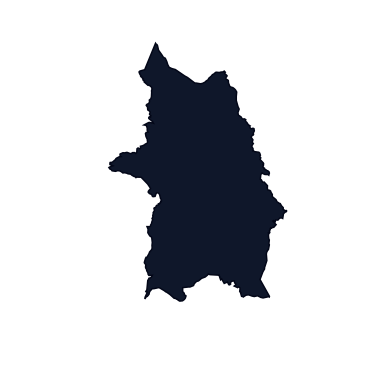 the district of Chiquilistlán, Jalisco, Mexico, rotated 133°
{"feature_id": "50627088B99358381769751", "entity_name": "Chiquilistlán", "entity_type": "district", "adm_level": 2, "iso_a3": "MEX", "parent_name": "Mexico", "parent_adm1": "Jalisco", "projection": "robinson", "projection_center": [-103.888, 20.08], "detail": "fine", "context": "isolated", "style": "filled", "palette": "ink", "viewbox_px": 384, "rotation_deg": 133, "n_neighbors": 0, "source": "geoboundaries", "source_scale": "gbopen_adm2", "svg_char_len": 6097}
<svg xmlns="http://www.w3.org/2000/svg" viewBox="0 0 384 384"><g transform="rotate(133 192 192)"><path d="M216.1,63.9L215.5,64.2L209.6,82.6L202.1,85.7L198.7,86.5L198.2,87.2L191.1,90.5L186.6,95.4L185.1,96.3L183.4,96.8L181.9,96.9L177.9,99.4L177.2,100.7L174.4,102.7L173.7,104.2L171.6,106.5L170.4,107.3L169.8,108.2L169.2,107.4L168.6,107.8L168.3,107.7L167.9,108.6L167.5,109.0L166.7,109.2L166.3,109.0L165.8,109.7L164.4,110.1L164.2,109.9L164.4,109.3L164.3,109.1L163.1,109.0L162.1,108.1L158.5,108.2L158.3,113.1L157.3,113.0L156.9,112.6L157.0,110.9L155.2,111.7L154.4,110.5L153.8,110.0L151.5,110.1L150.0,109.1L149.5,107.6L145.5,110.3L143.1,110.1L142.0,109.6L141.3,109.9L141.2,110.3L142.3,111.4L142.3,112.5L142.7,113.5L142.5,113.8L141.7,114.1L141.2,114.7L141.1,116.9L140.3,119.6L140.9,120.7L140.8,121.2L141.2,123.1L140.3,125.4L140.6,130.2L139.0,131.6L138.4,133.9L137.7,135.2L137.8,136.4L138.4,137.1L138.7,138.1L137.7,139.8L137.6,139.7L135.9,141.1L135.5,146.0L136.7,147.0L135.8,149.6L136.1,150.7L132.3,153.6L130.2,153.7L130.1,152.5L129.5,150.7L127.3,148.1L127.3,147.3L125.4,148.3L124.7,149.5L124.8,151.1L125.3,152.0L125.3,153.1L125.8,154.0L126.0,155.0L125.2,155.1L125.4,156.8L125.2,157.5L124.3,157.6L123.7,158.0L123.5,158.8L122.6,158.7L122.1,159.7L121.8,164.4L120.1,165.0L119.9,166.2L119.2,167.0L118.5,167.0L117.4,168.9L117.3,170.2L119.7,173.6L120.0,174.9L119.7,175.7L120.1,175.8L118.8,176.7L117.7,179.7L114.7,180.2L114.6,181.9L112.3,183.0L111.6,186.2L108.9,186.6L108.7,186.1L108.0,186.2L107.1,187.4L104.8,188.1L103.4,189.9L103.8,190.9L105.6,192.0L105.5,193.2L104.6,194.3L104.5,195.2L104.1,195.0L104.4,196.8L103.7,199.4L103.8,200.2L103.5,201.2L103.0,201.9L102.4,202.1L102.8,203.6L104.0,204.6L104.2,205.1L103.6,207.5L104.1,210.1L103.9,210.8L102.7,212.5L99.2,214.1L98.2,216.6L94.9,222.0L91.9,224.8L88.4,227.5L87.7,229.8L87.6,231.4L87.8,233.3L88.8,235.3L89.0,236.3L87.4,239.6L85.7,241.5L85.7,242.3L86.2,243.8L85.7,244.9L85.2,245.2L83.2,245.5L83.0,245.8L83.0,248.9L82.6,249.3L81.7,249.3L81.6,250.9L83.5,251.3L83.7,252.0L84.3,252.1L85.0,253.0L85.7,253.0L85.9,253.6L86.7,254.4L87.5,255.6L88.4,256.3L91.2,256.6L92.2,257.1L93.9,256.9L97.4,257.3L98.9,256.8L101.4,257.4L102.7,257.4L105.2,258.3L107.0,259.5L109.4,263.1L110.4,264.3L111.3,273.3L112.1,276.4L113.8,287.7L115.5,291.0L116.4,293.7L115.4,296.6L113.8,299.4L112.4,302.8L112.8,303.8L112.9,305.8L112.5,306.5L111.1,313.2L108.5,317.0L108.1,318.1L108.3,319.4L108.1,320.1L134.8,310.0L139.1,312.6L140.0,312.7L140.3,312.1L140.7,312.0L140.5,311.6L141.3,310.8L141.7,309.2L142.2,308.7L142.0,308.3L142.4,308.1L142.5,307.5L142.2,307.1L142.7,305.4L142.4,305.0L142.5,304.6L143.1,304.7L143.4,304.3L143.6,303.6L143.4,303.2L143.5,302.4L143.9,302.0L143.9,301.4L144.1,301.5L144.0,297.1L143.5,296.8L143.3,295.8L142.8,294.9L143.0,294.3L142.9,293.1L143.9,291.5L145.8,290.5L146.0,290.0L149.9,286.7L151.8,285.7L153.9,285.9L155.0,284.6L155.8,284.2L157.3,284.2L158.4,284.7L159.6,284.7L159.9,284.5L160.2,282.5L162.1,280.4L162.1,279.6L161.8,278.8L162.0,277.5L162.7,276.7L163.9,276.3L164.2,275.9L164.3,274.1L164.7,274.1L165.5,273.4L165.8,274.3L166.6,274.5L167.2,274.3L167.7,273.7L167.4,268.8L168.0,267.0L169.8,270.2L170.8,271.1L175.7,272.8L174.5,271.0L175.4,269.0L176.1,268.0L177.4,266.9L178.0,264.9L179.7,266.1L181.0,265.9L182.8,263.5L184.1,260.4L185.1,259.5L185.6,258.5L187.1,258.1L188.9,258.9L190.1,258.8L190.5,259.2L191.9,259.7L193.7,260.9L194.8,259.6L195.9,259.5L196.6,261.5L197.9,261.7L200.7,259.4L202.2,259.3L202.2,260.7L203.7,262.3L205.5,262.8L206.1,263.6L207.2,266.3L207.7,266.9L209.4,268.0L210.4,269.3L213.2,270.5L214.1,269.9L214.5,268.8L214.5,268.1L215.8,269.2L218.5,270.2L219.4,270.4L220.5,270.1L224.7,270.6L226.2,272.0L226.5,271.9L226.6,271.2L227.2,271.4L227.9,270.7L226.8,267.7L230.2,269.4L230.9,269.4L230.9,268.4L231.2,267.7L230.7,266.4L231.0,264.9L229.0,262.0L227.2,261.0L226.0,259.5L225.4,257.7L225.2,255.5L224.0,254.6L222.8,252.7L222.3,251.1L220.8,249.1L220.7,247.2L220.1,244.8L219.6,244.2L219.7,242.8L218.9,242.7L215.9,239.3L216.4,229.9L217.6,224.8L219.2,224.4L219.6,224.6L221.3,224.4L222.0,223.9L222.2,222.1L221.5,220.3L221.5,219.3L222.1,218.2L222.0,217.3L220.4,216.0L217.9,217.1L216.6,217.3L215.9,216.2L215.6,215.3L216.2,213.6L218.2,210.6L218.6,209.1L219.5,208.2L220.1,208.6L220.9,207.8L221.3,208.0L222.0,207.7L222.3,208.0L223.1,207.7L223.3,208.4L223.7,208.5L223.9,208.1L224.6,207.9L225.6,208.6L226.4,208.7L228.0,208.1L229.3,208.8L230.0,208.6L230.8,207.3L231.5,206.7L233.5,206.4L234.1,205.7L236.2,204.5L236.6,203.7L238.7,203.1L239.0,201.9L241.7,200.8L242.3,200.2L244.5,199.7L245.3,199.1L246.0,199.2L248.0,201.3L249.2,198.7L251.9,196.5L252.8,193.3L252.9,192.5L252.5,191.2L253.1,190.0L256.1,186.5L258.3,184.9L259.7,183.4L260.7,182.6L261.9,182.2L264.9,182.1L266.1,181.5L270.5,180.4L271.0,180.5L271.1,181.0L272.1,180.8L275.9,178.9L276.3,178.5L276.7,176.2L278.6,174.8L279.2,173.9L279.5,172.7L280.5,171.3L281.1,169.3L282.2,167.8L282.4,166.7L281.5,165.6L279.9,164.2L281.9,163.6L283.0,163.8L284.4,164.7L285.2,164.4L285.6,163.9L286.3,164.2L286.9,164.0L294.3,158.3L296.3,157.9L296.3,157.3L295.7,156.8L295.8,156.3L300.9,154.6L302.4,153.5L299.9,154.0L298.8,153.5L296.1,153.7L294.5,154.7L293.0,155.1L289.6,155.1L288.8,154.0L285.0,151.4L284.3,150.6L283.1,145.2L282.9,143.0L282.6,142.5L282.0,138.3L281.9,132.6L281.1,131.5L280.9,130.2L280.6,129.9L280.5,128.0L280.1,126.5L278.0,124.7L275.8,124.3L274.2,124.5L272.1,125.5L272.0,126.3L272.4,126.8L272.5,127.5L271.5,128.4L271.2,129.5L271.3,130.8L268.3,133.6L264.2,130.1L262.7,128.6L259.4,127.1L257.5,127.8L254.3,127.7L252.6,126.6L248.6,126.1L245.2,124.4L242.1,124.0L240.9,124.2L240.2,122.5L234.3,115.4L234.8,115.1L234.9,114.1L235.4,113.7L236.7,111.2L235.3,111.1L236.9,106.1L233.7,104.7L234.7,101.9L234.4,101.3L233.9,101.1L233.7,101.7L232.9,101.1L232.5,101.8L230.9,102.2L229.9,101.9L228.2,100.4L229.4,98.8L229.4,97.1L229.9,96.7L232.0,97.0L230.8,93.4L229.5,93.3L229.4,91.8L229.8,91.0L232.1,89.4L232.5,88.1L232.2,88.1L232.3,87.5L233.0,87.1L234.5,84.6L233.8,83.4L233.8,82.9L230.9,82.2L230.0,81.7L228.5,80.3L227.2,77.2L226.0,75.2L223.2,73.3L222.2,69.9L221.0,67.8L216.2,64.5L216.1,63.9Z" fill="#0f172a" stroke="#020617" stroke-width="1.5"/></g></svg>